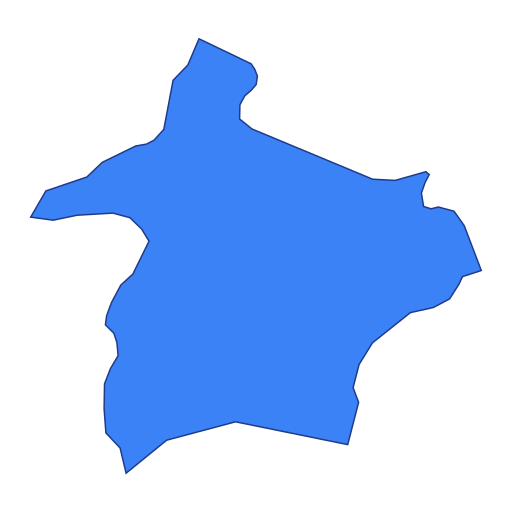 map outline of Škofja Loka (Albers equal-area conic projection)
{"feature_id": "SVN-1017", "entity_name": "Škofja Loka", "entity_type": "Municipality", "adm_level": 1, "iso_a3": "SVN", "parent_name": "Slovenia", "parent_adm1": "", "projection": "albers", "projection_center": [14.27, 46.166], "detail": "fine", "context": "isolated", "style": "filled", "palette": "blue", "viewbox_px": 512, "rotation_deg": 0, "n_neighbors": 0, "source": "natural_earth", "source_scale": "10m", "svg_char_len": 897}
<svg xmlns="http://www.w3.org/2000/svg" viewBox="0 0 512 512"><path d="M199.0,38.8L251.1,63.8L254.7,69.2L257.4,76.1L256.2,84.4L251.4,90.1L244.8,95.8L239.9,104.8L239.6,119.0L252.0,129.0L372.6,179.2L395.2,180.4L425.9,171.7L429.2,174.6L425.0,182.7L421.4,193.1L423.6,206.5L431.1,208.8L438.3,207.0L454.0,211.2L464.2,225.6L481.3,270.5L462.5,276.6L458.9,284.3L449.6,298.9L433.3,307.5L410.4,312.6L372.5,342.8L359.1,364.4L353.1,387.6L358.6,402.4L347.7,444.6L235.4,421.8L166.6,440.2L126.1,473.2L120.1,448.0L105.9,432.9L104.1,408.8L104.5,383.9L110.5,368.5L118.1,355.6L116.9,342.5L113.9,333.3L105.4,324.8L106.6,315.8L111.5,302.5L120.8,285.1L132.9,274.0L149.0,241.2L141.6,229.0L129.9,217.7L113.0,213.1L77.2,215.2L53.1,220.2L30.7,217.1L45.9,190.9L86.9,177.0L102.3,162.3L135.7,146.0L146.5,144.1L154.1,140.1L163.8,129.4L173.1,80.3L187.9,64.9L199.0,38.8Z" fill="#3b82f6" stroke="#1e3a8a" stroke-width="1.5"/></svg>